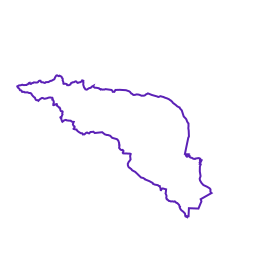 Salistea, Alba, Romania (Equal Earth projection), rotated 136°
{"feature_id": "2599482B46573733698849", "entity_name": "Salistea", "entity_type": "district", "adm_level": 2, "iso_a3": "ROU", "parent_name": "Romania", "parent_adm1": "Alba", "projection": "equal_earth", "projection_center": [23.436, 45.889], "detail": "fine", "context": "isolated", "style": "outline", "palette": "violet", "viewbox_px": 256, "rotation_deg": 136, "n_neighbors": 0, "source": "geoboundaries", "source_scale": "gbopen_adm2", "svg_char_len": 5892}
<svg xmlns="http://www.w3.org/2000/svg" viewBox="0 0 256 256"><g transform="rotate(136 128 128)"><path d="M147.3,22.6L146.3,23.1L145.7,22.5L139.9,28.0L133.3,21.1L128.1,23.4L126.8,23.9L126.2,24.2L125.5,25.5L125.2,26.3L113.1,23.2L113.2,24.1L112.9,25.0L111.3,26.6L111.2,28.0L111.9,30.7L113.4,34.6L113.3,37.4L112.6,40.3L111.7,41.7L109.2,43.0L106.5,46.9L103.0,50.4L101.0,51.3L101.4,52.3L97.4,53.7L97.5,53.9L100.1,53.1L100.2,53.5L99.3,53.8L98.5,55.1L97.4,55.8L97.7,56.3L97.8,56.9L98.2,57.4L100.8,59.2L101.1,59.1L101.8,59.7L102.4,60.6L102.8,62.2L103.6,63.4L103.7,64.3L102.9,65.3L102.8,66.0L103.1,66.7L104.6,66.0L105.1,66.1L105.6,66.5L105.6,67.3L105.2,68.7L104.7,68.4L103.9,68.2L104.2,68.5L105.1,69.8L91.3,79.2L90.2,79.5L89.5,80.2L86.2,83.9L84.7,86.0L83.3,87.2L81.3,89.3L81.3,90.4L80.8,92.0L80.0,93.8L79.9,95.0L79.9,97.6L77.1,103.3L77.0,106.2L76.6,106.8L77.5,109.2L77.7,112.0L78.0,113.0L77.9,113.3L78.2,114.7L78.2,115.3L77.9,116.3L78.1,116.9L78.1,118.2L78.4,119.0L78.5,120.0L79.2,121.9L80.7,124.8L80.8,125.5L81.5,126.5L82.5,128.3L82.8,128.4L83.1,128.6L83.8,128.8L84.7,129.3L85.1,130.4L87.9,135.2L89.5,138.8L89.7,139.1L90.4,139.2L91.1,139.5L91.7,139.7L92.8,139.7L93.5,139.9L94.2,140.3L95.8,141.8L96.3,142.9L96.7,143.9L97.4,145.0L98.5,146.2L98.8,146.4L99.5,146.7L100.5,147.4L101.2,148.1L101.3,149.5L101.5,150.2L101.7,150.5L101.5,152.7L101.7,153.6L103.2,156.6L106.6,160.3L107.3,161.1L110.6,164.1L112.7,163.5L113.8,164.6L113.5,165.1L113.4,166.8L117.2,171.6L118.2,172.0L119.8,173.5L120.3,174.5L120.5,174.4L121.0,174.6L121.1,175.6L121.3,175.8L121.4,176.2L121.3,176.8L122.8,178.9L123.9,180.0L124.3,182.1L123.6,182.4L125.4,182.9L126.8,182.8L127.3,183.0L127.8,183.4L128.7,183.8L131.0,184.2L131.8,185.4L131.4,186.9L131.5,187.5L130.3,189.9L129.8,190.6L129.0,191.2L128.4,191.8L128.4,192.0L127.3,193.0L127.7,193.9L128.0,194.1L128.6,193.5L129.2,193.9L130.3,194.0L130.6,194.2L131.0,194.5L131.5,194.7L131.9,195.0L132.6,195.2L132.8,195.3L133.0,195.8L132.9,197.3L133.1,197.8L133.4,198.0L133.8,198.1L134.1,198.3L135.1,198.5L136.2,199.4L137.1,199.5L137.4,199.8L138.1,199.8L139.2,199.3L139.9,199.6L140.7,199.8L141.0,200.0L142.0,201.1L141.6,201.9L141.6,202.2L142.4,203.5L143.6,204.4L143.7,204.6L143.4,205.2L142.8,205.7L142.6,206.0L142.2,206.9L142.0,207.6L141.2,208.3L140.7,208.9L140.6,209.4L140.7,210.0L140.2,211.0L140.4,211.8L140.9,213.2L141.7,213.3L141.9,213.5L142.4,215.1L142.6,215.3L143.0,215.5L143.9,215.4L145.5,215.0L146.6,214.4L147.4,214.3L147.8,214.5L149.5,214.9L150.4,215.2L151.1,215.8L153.3,216.3L155.2,218.0L156.3,218.1L156.8,218.5L157.3,219.8L158.5,221.1L158.5,221.7L158.1,222.8L158.8,223.5L159.4,223.7L159.9,223.7L160.9,223.5L161.7,223.8L162.3,224.3L162.7,224.7L163.4,225.5L163.9,226.1L164.2,226.3L164.8,226.3L165.0,226.4L165.6,226.9L167.2,227.1L167.3,227.2L167.7,227.9L167.2,228.8L167.7,229.1L168.3,229.2L169.5,229.0L170.2,229.4L171.1,229.4L173.6,231.7L174.0,232.6L175.5,233.3L176.9,234.4L177.5,234.5L178.7,234.9L178.9,234.7L178.8,234.3L178.9,234.1L179.1,233.4L179.1,233.0L178.9,232.1L178.9,231.7L179.3,230.8L179.4,230.4L179.4,230.1L178.8,229.3L178.7,229.1L178.7,228.7L179.1,227.5L178.5,227.0L177.7,226.2L177.6,225.5L176.6,224.4L175.6,223.6L175.0,222.3L174.9,222.0L174.4,221.4L174.1,221.2L173.8,220.6L173.7,220.1L173.7,219.6L174.0,219.2L174.1,218.2L174.2,217.0L174.1,215.0L173.9,214.5L174.6,212.9L174.7,212.3L174.6,211.8L174.1,211.1L173.7,210.8L173.6,209.8L172.2,209.9L170.9,209.8L170.4,209.7L169.4,209.5L168.9,209.3L168.4,208.6L168.0,207.4L167.6,206.9L165.3,205.5L164.2,205.1L162.8,204.1L162.1,203.0L161.5,202.5L161.5,202.0L161.6,201.7L162.2,201.2L162.7,201.0L162.4,200.4L162.9,198.8L163.2,198.6L163.9,197.6L164.9,197.3L165.8,196.4L165.6,196.0L162.9,195.0L162.7,194.8L162.6,194.7L162.7,194.4L163.0,194.1L163.3,194.0L163.6,193.6L163.3,191.5L163.5,190.8L163.0,190.3L163.2,189.4L163.4,188.9L163.9,188.4L164.4,187.3L164.5,186.9L164.3,186.3L163.7,185.8L163.6,185.6L163.6,185.3L163.7,185.1L164.1,184.8L165.4,184.0L165.7,183.2L166.9,182.8L168.0,182.2L169.0,182.7L169.3,182.6L169.5,182.0L169.1,181.4L169.6,180.9L170.0,180.4L170.9,178.3L170.9,178.1L170.7,178.1L169.9,177.9L168.8,177.9L167.2,177.1L166.9,176.7L166.8,176.2L166.6,175.7L165.9,175.1L165.5,174.4L164.6,173.6L164.1,172.9L164.1,172.0L164.0,171.6L163.8,171.3L162.8,170.1L164.9,169.1L165.2,168.8L165.6,167.5L165.4,166.2L165.7,165.8L166.1,165.5L167.7,165.3L167.8,165.1L167.5,164.8L167.0,163.7L166.1,162.6L166.3,162.2L166.4,161.3L166.4,160.8L166.1,159.0L165.5,156.9L165.4,156.7L164.7,156.2L164.6,155.9L164.6,155.4L164.6,155.1L164.9,154.7L163.8,153.7L161.5,153.6L160.6,153.2L160.2,151.9L159.7,151.1L157.8,151.2L156.4,150.0L155.5,149.4L155.4,147.5L149.5,142.9L149.1,139.6L148.1,137.7L147.3,136.9L146.2,134.8L146.2,131.9L143.9,128.0L143.6,127.2L143.8,126.6L143.7,125.8L143.8,125.6L144.8,123.4L145.0,123.3L145.1,123.1L145.3,122.8L145.6,122.5L145.8,122.1L146.1,122.0L146.0,121.6L146.9,120.8L147.6,120.4L148.2,119.8L148.1,119.5L148.3,118.8L148.4,118.0L148.3,117.4L148.1,116.9L147.8,116.4L147.6,116.3L147.1,116.0L147.1,115.9L147.1,115.1L147.2,114.6L149.0,113.8L149.1,113.1L147.3,111.2L146.9,110.9L145.7,109.5L144.3,108.1L144.1,107.4L145.9,106.4L148.0,103.6L150.0,103.2L150.8,103.2L153.0,102.4L154.1,101.1L154.7,99.5L154.7,98.7L154.4,98.0L154.5,97.4L154.2,96.4L154.2,95.8L154.4,94.8L153.3,91.4L153.0,83.3L151.8,81.5L151.3,79.5L151.5,79.3L149.5,74.8L148.7,72.1L148.4,71.5L148.8,70.5L148.0,68.6L146.2,66.1L146.2,65.1L145.5,64.2L146.0,63.6L146.1,62.7L147.6,60.6L147.5,60.4L147.4,60.3L146.0,60.8L145.6,60.5L145.0,60.4L143.2,57.4L145.8,55.2L146.4,54.9L147.2,52.8L148.0,51.9L149.0,51.2L149.4,50.3L149.3,49.8L149.6,49.6L149.3,48.7L149.3,48.0L149.2,47.0L148.8,46.7L148.2,45.4L147.0,44.4L146.1,43.0L145.5,42.9L145.2,42.4L145.2,40.5L144.7,39.8L144.7,37.1L145.4,35.8L145.3,35.3L145.9,35.1L146.6,33.2L146.7,32.3L146.7,31.4L146.4,29.6L146.4,27.4L146.5,26.8L147.2,25.8L147.8,25.1L147.4,24.5L147.9,24.1L147.7,23.7L147.3,22.6Z" fill="none" stroke="#5b21b6" stroke-width="2"/></g></svg>